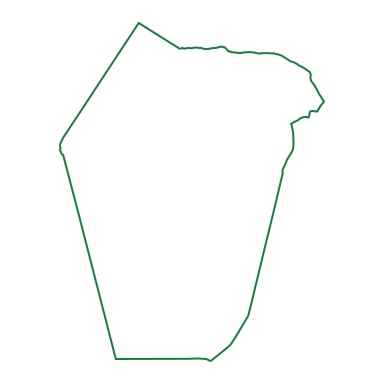 Budalangi, Western, Kenya
{"feature_id": "3690345B63864240127702", "entity_name": "Budalangi", "entity_type": "district", "adm_level": 2, "iso_a3": "KEN", "parent_name": "Kenya", "parent_adm1": "Western", "projection": "robinson", "projection_center": [34.038, 0.077], "detail": "fine", "context": "isolated", "style": "outline", "palette": "green", "viewbox_px": 384, "rotation_deg": 0, "n_neighbors": 0, "source": "geoboundaries", "source_scale": "gbopen_adm2", "svg_char_len": 1731}
<svg xmlns="http://www.w3.org/2000/svg" viewBox="0 0 384 384"><path d="M324.0,101.6L319.5,94.6L315.7,87.5L314.2,84.9L311.4,81.3L310.7,79.7L310.4,78.0L310.6,76.3L310.7,74.6L310.3,73.2L309.8,72.1L308.3,71.1L303.4,67.6L298.6,65.3L297.2,64.1L293.7,62.2L290.5,61.4L288.0,59.6L285.9,58.3L283.9,57.1L282.7,56.2L281.4,55.5L279.7,55.0L277.9,54.3L276.6,54.2L275.1,53.9L273.7,53.2L272.6,53.5L270.3,53.4L267.2,53.1L264.9,53.1L262.0,53.2L258.8,53.6L254.5,52.6L250.6,52.2L248.1,52.2L243.9,52.4L240.2,53.1L237.0,52.7L234.2,52.4L232.3,52.4L229.9,51.5L228.2,51.2L226.7,49.3L224.9,47.5L222.7,46.9L221.2,46.6L216.0,47.9L212.1,48.2L209.2,48.8L204.7,49.1L200.8,47.9L198.1,47.8L195.1,47.5L192.3,48.1L189.6,48.1L187.8,47.9L186.2,48.3L184.1,48.8L182.5,47.9L181.0,48.5L179.5,48.6L138.7,23.0L123.1,46.7L76.6,117.4L64.0,136.4L62.7,138.5L62.2,139.9L61.5,141.0L60.2,144.0L60.1,146.2L60.5,148.5L60.0,149.7L61.7,154.1L63.1,154.8L78.8,214.7L87.2,247.5L106.7,323.5L115.8,359.0L187.6,358.8L198.5,358.5L206.2,359.0L208.1,359.9L210.3,361.0L211.7,360.2L213.2,359.0L214.6,357.8L216.1,356.7L218.0,355.2L226.8,348.0L228.1,347.0L229.0,346.1L230.3,345.0L234.3,339.1L239.7,330.1L248.3,315.6L251.4,303.2L259.2,270.8L276.8,198.4L282.8,172.9L282.4,171.7L282.7,169.7L283.6,167.6L285.4,163.9L286.2,162.0L286.8,160.0L291.1,153.2L292.1,151.4L292.7,149.8L293.2,147.5L293.4,146.0L293.5,142.2L293.4,140.1L293.4,138.1L293.2,134.5L293.1,132.3L292.7,130.2L292.2,127.8L291.6,125.6L291.2,123.9L294.3,121.8L295.5,121.5L296.9,120.7L298.3,120.0L299.8,118.8L301.5,117.8L304.4,116.9L306.5,117.0L308.3,117.6L309.3,115.5L309.4,113.9L309.9,112.0L311.0,111.1L312.4,110.9L314.6,111.3L317.3,111.5L318.0,110.0L320.3,106.3L321.4,104.8L324.0,101.6Z" fill="none" stroke="#15803d" stroke-width="2"/></svg>